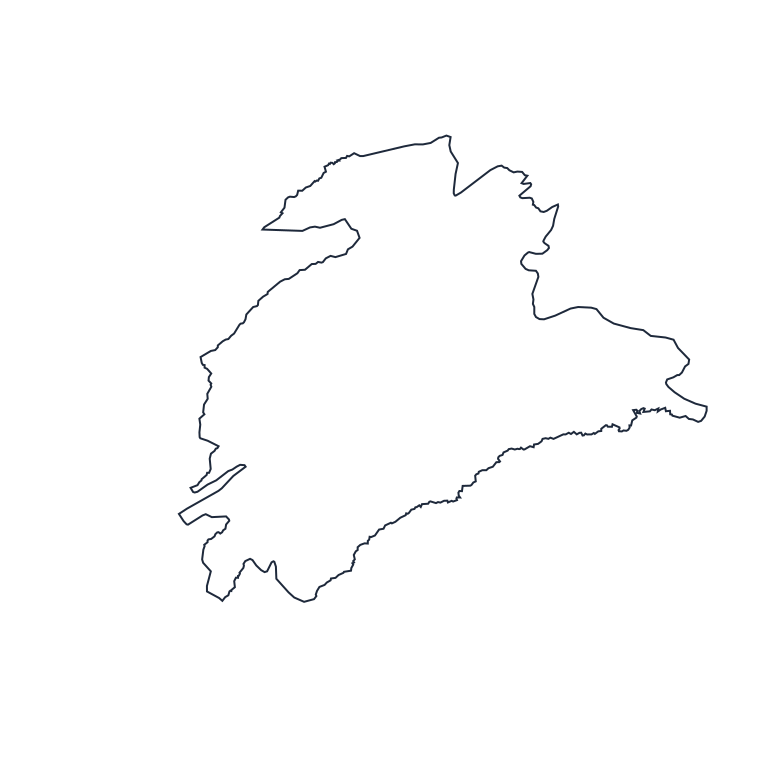 Kenge, Bandundu, Democratic Republic of the Congo (Robinson projection), rotated 55°
{"feature_id": "63176286B18264844623742", "entity_name": "Kenge", "entity_type": "district", "adm_level": 2, "iso_a3": "COD", "parent_name": "Democratic Republic of the Congo", "parent_adm1": "Bandundu", "projection": "robinson", "projection_center": [16.889, -5.103], "detail": "fine", "context": "isolated", "style": "outline", "palette": "slate", "viewbox_px": 768, "rotation_deg": 55, "n_neighbors": 0, "source": "geoboundaries", "source_scale": "gbopen_adm2", "svg_char_len": 6165}
<svg xmlns="http://www.w3.org/2000/svg" viewBox="0 0 768 768"><g transform="rotate(55 384 384)"><path d="M245.4,196.7L231.8,196.0L225.8,193.5L219.9,187.8L216.3,190.4L215.1,195.4L213.8,197.7L213.3,207.5L210.1,214.6L205.3,221.4L200.9,231.2L185.4,270.2L183.5,272.9L177.8,276.1L177.6,281.9L176.0,283.4L177.0,285.5L174.5,289.4L174.9,291.3L174.2,293.5L175.0,293.2L174.5,294.2L175.1,295.3L174.2,296.9L175.0,297.6L175.1,299.1L173.3,299.4L172.1,300.8L172.7,302.1L171.9,302.6L172.7,304.3L171.9,308.1L176.8,309.8L176.5,312.4L179.1,317.1L178.5,319.0L179.7,321.5L178.8,322.3L178.7,324.3L178.0,324.5L179.5,330.8L178.2,335.3L178.8,340.1L176.4,343.4L179.3,346.7L179.7,348.6L179.3,350.4L176.6,353.6L176.1,355.5L176.6,359.0L182.5,364.4L184.2,370.0L185.9,369.2L186.7,372.9L187.7,374.3L186.9,392.2L187.8,394.9L211.8,363.0L213.3,354.8L215.5,350.3L219.3,346.8L224.2,333.6L225.3,324.5L226.5,321.5L238.1,321.7L243.0,318.2L250.3,320.2L253.4,331.0L253.0,336.3L255.7,340.5L252.2,351.0L248.4,354.3L247.7,359.6L249.1,364.2L248.7,365.6L246.2,368.0L246.4,371.1L244.3,374.4L245.1,383.2L242.3,387.8L243.6,391.4L243.3,401.7L241.3,405.2L240.6,410.4L241.9,426.4L243.5,427.8L243.1,433.0L243.8,439.2L247.0,442.0L247.3,443.4L245.9,447.0L248.1,456.9L251.5,460.3L253.1,463.3L253.3,464.9L252.3,466.9L252.6,468.5L256.7,477.9L256.8,481.6L257.9,485.7L256.8,488.2L256.5,491.6L257.1,498.0L258.6,499.1L259.4,502.8L257.6,506.9L256.7,518.8L262.2,521.2L264.4,521.4L265.6,520.1L267.7,521.6L270.1,520.2L276.3,519.5L277.9,523.5L280.6,525.8L284.5,525.2L285.2,526.5L287.2,527.0L290.7,534.4L295.0,536.9L297.6,543.2L303.5,548.4L305.8,548.5L306.5,555.1L311.9,557.8L317.7,562.9L321.8,565.5L323.1,565.6L329.3,561.0L340.1,555.2L341.0,557.3L340.5,558.9L341.6,561.2L341.8,565.7L345.2,569.6L354.2,574.7L356.4,578.2L355.3,579.8L356.8,581.5L357.4,588.0L358.3,588.9L358.5,591.6L359.9,594.8L358.1,602.0L363.0,602.3L364.3,601.3L365.3,598.6L365.2,586.2L366.7,576.7L366.0,561.5L367.1,557.3L367.2,552.0L367.7,548.2L370.5,544.8L372.4,544.8L372.9,560.2L376.4,576.7L376.6,580.9L373.1,616.9L372.8,626.5L381.4,626.8L385.7,626.2L386.8,625.2L387.6,608.0L388.4,604.7L394.3,601.4L401.9,589.3L406.0,588.7L407.3,589.2L408.5,593.9L411.6,596.9L411.6,599.7L412.6,601.6L412.6,603.9L410.5,604.5L409.9,605.7L410.3,608.3L411.6,610.2L411.8,614.5L410.6,616.9L411.0,618.3L412.4,619.3L412.6,623.5L413.9,623.9L416.1,627.0L423.4,633.6L426.7,634.7L438.1,633.3L447.9,644.9L452.4,648.0L464.8,641.8L468.9,640.8L467.5,636.3L467.8,632.7L465.3,629.6L465.2,628.5L466.0,627.8L465.2,627.0L464.9,622.7L459.6,619.8L457.7,616.4L459.0,614.7L457.5,613.7L457.8,612.9L456.7,610.8L455.7,610.6L454.0,604.7L452.4,602.9L450.8,602.3L449.5,599.2L450.4,594.0L452.8,592.7L459.4,592.7L466.0,591.4L469.6,589.7L470.4,587.2L465.6,578.4L465.8,576.3L466.7,575.8L471.6,577.3L481.8,583.9L499.9,581.7L507.4,580.0L516.6,574.4L520.1,564.7L518.9,561.0L517.4,560.7L515.1,557.6L513.2,553.3L514.5,547.9L513.8,544.7L514.2,540.4L512.9,539.0L515.0,534.9L514.4,530.8L515.4,525.6L514.9,524.5L518.0,518.1L516.0,516.3L514.3,512.8L512.7,512.7L513.0,510.9L511.4,510.8L510.9,508.5L506.7,506.8L504.9,503.1L504.9,500.8L502.6,499.2L502.2,495.7L502.8,493.4L503.4,491.3L505.4,488.8L503.2,487.2L503.0,485.4L500.9,483.4L502.0,482.3L502.9,478.3L500.4,471.5L502.3,467.4L500.5,464.2L501.6,457.9L502.7,457.5L503.4,453.7L502.9,447.3L503.9,441.5L502.7,440.0L503.9,439.0L503.9,437.6L502.6,433.7L503.8,430.7L503.0,429.0L503.6,427.9L503.6,424.7L505.8,424.4L504.2,421.8L507.4,416.5L506.5,414.4L506.8,413.3L511.4,409.7L511.7,407.5L513.5,405.8L514.1,401.8L515.9,399.0L517.7,399.6L518.5,395.6L519.9,394.8L521.0,390.8L519.4,390.4L518.7,389.4L520.6,386.8L518.3,386.8L515.7,385.4L514.9,383.6L516.5,381.6L512.6,378.0L516.8,371.6L516.9,370.3L515.9,367.3L516.4,364.7L511.4,361.9L510.9,360.1L511.5,358.0L510.3,356.7L511.0,352.9L513.3,349.6L512.9,346.7L514.2,342.3L512.5,336.8L514.1,334.4L514.0,333.4L510.7,333.5L509.6,332.4L509.2,330.5L510.1,327.6L508.6,325.3L509.5,320.9L508.9,319.2L510.1,316.5L512.7,314.4L513.6,311.8L514.8,310.7L515.2,309.9L514.7,308.3L517.7,307.3L518.2,306.4L518.7,300.1L521.6,297.7L519.6,295.8L521.4,292.2L521.4,290.6L521.3,287.8L519.9,285.6L521.1,282.7L523.2,280.8L523.4,278.5L526.2,276.6L528.1,266.0L529.5,264.1L529.9,260.6L532.2,259.5L532.1,255.9L535.8,255.0L536.1,251.9L537.0,250.4L540.1,250.9L540.7,249.7L540.1,247.5L541.8,246.6L544.3,242.9L544.5,240.2L545.8,239.9L545.7,235.6L547.1,233.0L545.3,231.7L545.0,225.9L545.7,225.1L547.3,225.2L549.8,221.8L548.1,219.9L554.6,216.0L555.6,216.5L556.3,218.3L557.5,218.6L559.3,216.3L559.4,214.5L561.4,212.2L561.6,210.2L560.6,207.8L558.7,206.7L559.7,205.4L556.2,201.5L556.3,196.6L555.6,195.6L548.3,194.9L549.8,192.1L551.1,191.8L552.7,193.4L555.1,191.1L552.6,190.4L552.1,187.6L552.6,185.3L553.7,184.6L555.7,187.5L558.9,181.9L558.3,179.5L560.8,177.2L561.4,173.3L563.6,175.5L563.6,172.0L564.8,167.3L568.0,168.7L570.0,165.1L573.0,166.9L574.1,165.7L575.4,165.9L581.2,161.1L583.2,155.3L587.5,154.3L590.2,151.3L595.2,148.4L596.1,145.4L594.6,140.0L591.0,135.1L587.6,132.7L578.8,140.1L568.3,146.5L557.4,150.7L549.6,152.7L546.0,152.8L544.5,152.2L542.7,149.4L544.5,143.2L544.9,138.6L546.0,137.1L545.5,133.4L542.3,127.3L542.2,123.1L539.0,120.0L523.1,122.5L513.8,121.4L507.4,126.7L497.6,137.9L488.6,140.7L479.6,150.0L466.3,161.1L455.6,166.2L444.5,167.0L440.3,170.5L432.3,180.8L429.2,187.9L426.2,204.5L422.8,215.8L420.0,219.4L416.3,221.1L412.8,220.7L407.1,216.7L403.8,216.1L400.5,213.1L395.3,210.8L384.8,196.1L381.7,194.6L378.4,194.6L373.9,200.2L370.9,202.0L364.4,202.6L362.0,201.3L359.3,195.2L358.9,190.7L359.2,189.4L364.5,184.9L368.1,179.5L368.0,173.5L367.2,170.9L365.2,170.0L360.7,171.7L358.7,171.8L358.0,171.0L356.0,167.0L353.7,158.8L351.4,154.8L346.4,149.8L338.5,139.5L336.7,138.6L335.5,144.7L335.5,151.3L334.7,154.5L332.3,156.8L328.6,156.8L326.7,158.2L323.6,158.3L322.5,159.2L320.5,157.2L316.8,156.5L315.0,157.8L311.1,164.1L309.3,165.3L307.4,165.1L306.1,150.5L304.8,148.9L303.3,148.9L300.2,154.9L298.4,156.1L295.6,147.1L293.7,148.9L289.5,149.2L286.5,152.9L285.0,156.4L280.8,158.7L277.8,159.2L275.7,161.4L272.6,162.4L270.9,166.0L269.8,174.2L271.3,211.2L270.8,217.2L270.1,217.9L267.8,217.5L264.8,215.3L253.0,204.9L245.4,196.7Z" fill="none" stroke="#1e293b" stroke-width="2"/></g></svg>